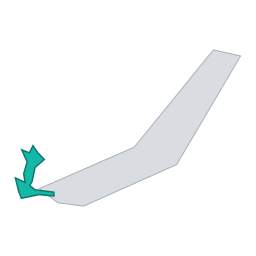 location of Sandys within Bermuda
{"feature_id": "BMU-5141", "entity_name": "Sandys", "entity_type": "state/province", "adm_level": 1, "iso_a3": "BMU", "parent_name": "Bermuda", "parent_adm1": "", "projection": "albers", "projection_center": [-64.87, 32.287], "detail": "fine", "context": "in_parent", "style": "filled", "palette": "teal", "viewbox_px": 256, "rotation_deg": 0, "n_neighbors": 0, "source": "natural_earth", "source_scale": "10m", "svg_char_len": 494}
<svg xmlns="http://www.w3.org/2000/svg" viewBox="0 0 256 256"><path d="M176.7,164.5L83.6,206.1L57.8,202.8L39.3,188.6L134.3,147.1L213.4,49.9L240.6,56.0L176.7,164.5Z" fill="#d9dde1" stroke="#a8b0b8" stroke-width="1"/><path d="M21.4,198.3L18.6,191.2L15.4,177.9L25.1,182.4L23.7,173.7L27.2,161.9L21.8,149.9L29.4,152.8L33.0,145.7L37.8,152.8L44.3,159.4L35.0,167.5L32.1,181.4L29.8,185.5L35.0,189.8L53.9,192.2L53.9,196.0L39.0,194.6L21.4,198.3Z" fill="#14b8a6" stroke="#0f766e" stroke-width="1.5"/></svg>